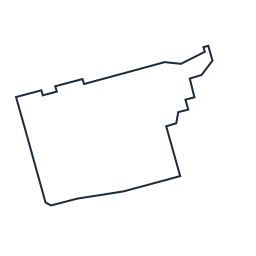 outline of Webster, Georgia, United States of America, rotated 74°
{"feature_id": "52423323B7808081062889", "entity_name": "Webster", "entity_type": "district", "adm_level": 2, "iso_a3": "USA", "parent_name": "United States of America", "parent_adm1": "Georgia", "projection": "albers", "projection_center": [-84.576, 32.076], "detail": "fine", "context": "isolated", "style": "outline", "palette": "slate", "viewbox_px": 256, "rotation_deg": 74, "n_neighbors": 0, "source": "geoboundaries", "source_scale": "gbopen_adm2", "svg_char_len": 481}
<svg xmlns="http://www.w3.org/2000/svg" viewBox="0 0 256 256"><g transform="rotate(74 128 128)"><path d="M97.7,227.2L176.8,227.8L181.2,223.4L181.9,197.1L181.9,196.2L187.7,149.7L188.6,91.1L136.9,90.8L136.7,80.3L126.6,75.3L126.9,65.0L116.6,65.0L116.8,55.7L97.5,55.0L97.3,42.7L86.5,28.2L71.1,28.2L71.1,33.2L75.9,33.1L80.9,59.4L74.8,74.6L73.6,158.1L68.4,158.3L67.8,186.4L73.4,186.4L73.1,200.9L67.9,200.9L67.4,227.1L97.7,227.2Z" fill="none" stroke="#1e293b" stroke-width="2"/></g></svg>